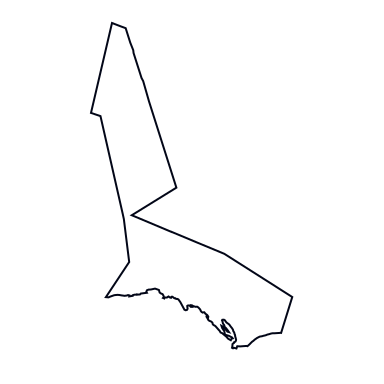 Chami, Inchiri, Mauritania (Robinson projection), rotated 288°
{"feature_id": "47542326B60250303477597", "entity_name": "Chami", "entity_type": "district", "adm_level": 2, "iso_a3": "MRT", "parent_name": "Mauritania", "parent_adm1": "Inchiri", "projection": "robinson", "projection_center": [-16.149, 20.164], "detail": "fine", "context": "isolated", "style": "outline", "palette": "ink", "viewbox_px": 384, "rotation_deg": 288, "n_neighbors": 0, "source": "geoboundaries", "source_scale": "gbopen_adm2", "svg_char_len": 2733}
<svg xmlns="http://www.w3.org/2000/svg" viewBox="0 0 384 384"><g transform="rotate(288 192 192)"><path d="M282.4,111.3L284.8,108.8L306.1,93.5L308.7,92.3L315.0,87.1L327.3,78.3L327.4,76.3L327.5,73.4L328.0,63.7L236.0,71.5L235.9,81.5L149.4,133.1L145.1,135.6L106.0,153.9L65.4,142.6L66.0,145.2L67.2,146.5L68.2,147.8L69.8,149.9L70.5,151.4L71.1,152.8L71.6,154.7L71.9,157.0L72.2,158.5L72.4,159.9L73.4,162.0L74.2,163.0L74.3,164.4L73.3,164.6L74.9,167.6L75.3,167.4L75.6,167.6L76.1,168.3L76.8,169.5L77.2,171.2L77.6,171.2L77.9,172.8L78.5,174.2L79.6,174.7L82.2,180.2L82.9,179.4L84.6,179.5L85.7,180.8L86.6,183.1L88.7,186.7L88.6,190.8L86.4,192.3L85.9,193.8L85.8,195.5L84.7,196.8L83.5,197.7L82.3,197.2L82.2,198.5L83.2,198.5L83.9,200.8L84.8,201.4L85.4,202.0L84.9,203.2L84.9,204.7L85.9,204.8L86.3,205.3L86.3,205.9L85.9,206.9L85.5,208.3L85.8,208.9L85.4,210.0L85.8,211.3L85.6,212.3L83.7,214.9L77.7,221.2L77.6,222.6L78.4,223.7L79.6,223.9L81.4,223.0L82.2,222.7L82.9,223.3L83.3,224.7L82.8,225.6L82.4,226.4L82.8,227.6L83.4,227.0L83.6,225.7L84.0,225.8L84.2,227.2L83.9,228.0L83.9,230.8L84.5,232.3L84.2,233.6L83.7,234.5L82.8,236.1L81.8,236.9L80.9,238.1L80.6,239.4L81.1,240.1L81.4,240.9L80.4,242.3L79.7,244.5L78.5,246.0L77.9,246.1L78.1,245.1L78.6,244.2L78.1,244.2L77.8,244.4L76.9,245.5L75.5,246.9L75.1,247.5L74.8,248.7L74.8,249.8L74.5,250.9L73.9,251.9L72.8,252.5L72.2,253.4L71.9,255.0L71.7,255.7L69.5,259.4L69.0,260.2L68.7,260.9L68.1,261.6L67.2,262.6L67.1,264.2L66.0,266.9L65.1,269.2L63.6,271.8L63.0,274.7L64.8,275.0L65.4,275.9L66.0,275.1L66.6,271.5L66.5,267.4L67.7,266.8L69.9,265.5L70.6,264.4L71.3,263.6L71.9,262.8L72.6,262.3L73.1,261.9L73.8,261.4L73.6,262.5L73.2,263.8L72.9,264.4L71.8,266.4L70.8,267.9L70.1,268.9L70.2,269.6L70.2,270.4L71.3,269.0L72.5,267.2L73.1,266.3L73.7,264.8L75.3,263.8L75.7,263.2L76.5,262.1L77.4,261.5L78.1,261.2L78.5,260.8L78.9,260.5L79.2,260.2L79.8,260.3L80.2,261.1L80.4,262.0L80.1,262.7L80.1,263.1L79.3,264.0L78.7,264.9L78.2,266.1L77.8,267.6L77.2,268.8L76.1,270.2L75.4,271.3L74.8,272.2L73.7,273.5L72.3,274.4L71.5,275.5L69.9,276.5L69.6,276.9L69.1,277.2L68.7,277.4L67.8,277.8L66.9,278.5L65.1,279.6L64.3,279.7L63.1,279.5L62.0,278.4L61.3,278.5L61.0,278.1L59.8,277.5L59.3,277.7L56.8,278.2L56.2,278.2L56.0,279.3L56.8,279.9L56.9,282.6L59.3,282.7L59.6,283.9L60.1,285.7L61.1,288.1L61.5,289.1L62.4,291.3L62.5,292.4L65.1,293.9L66.2,294.4L68.3,295.5L69.3,296.3L70.0,296.7L71.2,297.4L72.1,298.1L73.3,299.0L74.5,300.2L75.4,301.1L76.6,303.4L77.3,304.3L77.8,305.2L78.6,306.5L79.6,307.6L80.7,309.4L81.8,310.9L82.5,312.2L83.1,314.0L85.0,318.8L85.2,319.2L85.6,320.2L85.6,320.3L123.1,319.8L143.2,241.8L145.6,211.5L147.8,184.6L147.7,184.6L151.3,141.9L191.3,175.8L256.8,128.9L264.9,123.1L282.4,111.3Z" fill="none" stroke="#020617" stroke-width="2"/></g></svg>